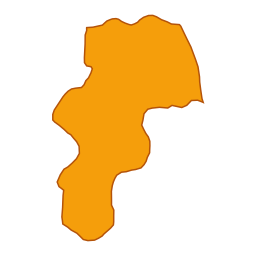 the district of Shabran District, Dəvəçi, Azerbaijan
{"feature_id": "54616110B33183266084070", "entity_name": "Shabran District", "entity_type": "district", "adm_level": 2, "iso_a3": "AZE", "parent_name": "Azerbaijan", "parent_adm1": "Dəvəçi", "projection": "albers", "projection_center": [48.887, 41.122], "detail": "fine", "context": "isolated", "style": "filled", "palette": "amber", "viewbox_px": 256, "rotation_deg": 0, "n_neighbors": 0, "source": "geoboundaries", "source_scale": "gbopen_adm2", "svg_char_len": 1650}
<svg xmlns="http://www.w3.org/2000/svg" viewBox="0 0 256 256"><path d="M86.7,27.6L86.6,27.9L86.7,30.4L85.2,35.0L85.1,43.9L84.7,51.9L84.4,57.7L84.5,62.7L86.7,65.9L91.0,66.7L92.3,68.8L91.0,72.8L88.5,77.9L85.9,80.6L84.1,84.7L81.5,87.5L75.4,88.2L71.5,89.0L68.1,91.2L65.2,94.1L63.0,96.8L60.7,100.3L57.2,105.6L54.3,110.0L52.8,114.4L52.8,120.0L54.9,122.2L58.7,124.9L64.1,129.4L67.8,133.0L70.8,134.7L73.6,138.2L76.7,141.8L79.1,146.3L79.4,153.4L76.5,158.7L72.2,163.1L67.8,167.0L64.0,169.2L60.3,174.8L57.2,182.0L59.0,186.6L63.7,190.2L63.1,195.4L62.6,207.7L61.9,216.9L62.5,221.3L62.8,224.0L67.7,227.1L71.1,230.0L76.9,233.2L79.6,235.8L83.3,239.5L87.9,240.6L93.4,240.2L94.6,240.1L98.4,238.3L102.2,236.0L103.9,234.0L107.9,230.5L110.6,228.1L113.4,224.9L113.7,221.9L113.7,215.9L113.8,210.1L111.5,205.1L111.5,199.6L111.4,191.2L112.3,185.6L113.4,181.8L114.8,178.5L116.7,175.2L121.4,172.2L126.3,171.7L131.6,170.1L135.5,169.5L141.0,167.9L144.0,164.7L146.1,161.3L147.3,157.4L149.6,152.8L149.7,149.4L149.9,145.6L149.8,141.2L148.3,136.9L145.8,133.4L143.9,129.8L141.7,125.1L142.9,120.2L144.0,113.7L147.8,109.2L152.1,108.1L159.5,107.3L167.8,108.0L172.0,105.4L176.7,106.4L181.8,107.5L186.8,105.3L191.4,100.5L197.6,100.2L202.3,102.0L203.2,102.4L202.0,98.7L200.7,89.9L199.7,82.1L199.5,76.8L198.0,66.8L195.6,59.7L190.9,47.0L187.3,39.8L184.4,33.8L180.8,26.2L179.4,24.6L171.4,24.0L167.3,21.9L161.5,19.7L156.5,16.8L152.8,15.4L148.6,15.5L143.6,17.3L139.7,20.0L137.6,22.3L134.5,23.9L131.2,25.0L129.0,24.5L125.1,23.1L121.5,21.4L118.6,19.3L116.0,18.6L112.3,18.9L110.3,19.6L106.9,21.0L105.1,22.6L102.4,25.1L92.9,27.2L86.7,27.6Z" fill="#f59e0b" stroke="#b45309" stroke-width="1.5"/></svg>